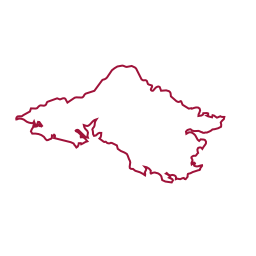 an SVG outline of La Coruña, rotated 232°
{"feature_id": "ESP-5827", "entity_name": "La Coruña", "entity_type": "Autonomous Community", "adm_level": 1, "iso_a3": "ESP", "parent_name": "Spain", "parent_adm1": "", "projection": "albers", "projection_center": [-8.526, 43.162], "detail": "fine", "context": "isolated", "style": "outline", "palette": "rose", "viewbox_px": 256, "rotation_deg": 232, "n_neighbors": 0, "source": "natural_earth", "source_scale": "10m", "svg_char_len": 4577}
<svg xmlns="http://www.w3.org/2000/svg" viewBox="0 0 256 256"><g transform="rotate(232 128 128)"><path d="M104.5,190.2L103.9,190.2L103.2,192.3L102.3,194.3L101.0,195.8L99.3,196.4L97.5,195.7L96.3,194.0L95.3,192.0L94.1,190.9L92.6,193.6L92.4,195.3L93.3,196.4L91.2,199.4L90.1,200.1L88.7,199.0L89.2,197.7L87.9,198.3L84.7,200.8L86.0,202.5L84.9,203.4L81.5,204.4L81.2,205.0L80.4,208.0L79.6,208.3L78.8,209.0L77.4,210.7L76.0,209.0L75.8,206.6L75.3,204.5L73.2,203.5L71.7,202.1L72.3,198.9L73.7,195.6L74.9,193.6L74.8,192.0L75.1,190.1L75.8,187.5L76.9,186.0L77.3,185.0L78.1,184.1L79.2,183.7L79.4,183.4L82.2,181.9L84.7,178.4L86.2,177.1L88.5,176.5L89.1,175.6L89.8,173.6L89.5,171.5L87.5,170.4L87.1,173.3L85.6,175.2L83.4,176.1L80.9,176.5L76.0,175.7L74.0,176.1L74.3,178.3L72.1,180.7L70.9,181.3L69.1,181.0L67.8,179.8L67.2,178.1L66.7,176.1L65.8,173.7L67.0,173.7L67.9,173.3L68.6,172.4L69.1,171.1L68.4,169.5L67.0,168.6L65.2,167.9L65.1,166.8L64.6,165.1L64.5,164.3L64.7,163.8L65.6,162.8L65.9,162.0L66.0,160.9L65.9,160.0L65.3,159.5L63.6,159.3L62.7,158.8L61.3,156.4L60.1,155.8L60.1,156.6L60.6,158.0L60.1,158.8L59.2,159.0L58.7,158.9L58.3,157.2L57.4,157.0L56.3,157.7L55.4,158.5L54.7,159.6L53.7,162.2L53.1,163.4L52.6,163.1L51.7,160.0L50.9,159.2L50.9,158.4L51.5,157.2L53.5,151.7L53.6,150.9L53.8,149.9L54.1,148.8L54.5,148.1L54.9,147.0L54.3,146.1L52.9,145.0L52.2,141.9L53.0,141.2L54.3,141.2L54.9,140.0L55.5,137.7L56.6,136.6L57.7,135.7L58.2,134.2L59.6,135.5L60.8,135.8L62.1,135.4L63.5,134.3L64.0,133.6L64.2,132.9L64.6,132.3L65.5,131.6L66.3,131.2L67.0,131.0L68.7,130.8L68.7,129.8L67.1,130.6L64.9,131.1L63.4,131.0L63.5,129.8L60.4,131.4L59.1,131.2L58.2,128.9L62.8,124.5L65.9,122.9L69.4,124.5L71.1,124.5L72.8,124.1L74.0,123.6L75.2,122.6L76.4,121.8L77.4,120.1L77.9,118.1L78.7,118.1L80.4,119.7L82.9,119.6L85.5,118.6L87.1,117.3L85.1,117.4L84.0,116.7L82.6,113.8L82.2,113.8L81.0,113.1L80.2,112.3L80.9,112.0L81.8,111.9L85.7,110.2L89.8,107.4L92.7,106.7L93.5,105.7L94.2,105.1L95.3,104.8L96.5,105.5L99.5,108.6L101.1,109.3L102.8,109.6L106.5,110.8L108.3,111.1L110.9,110.1L114.3,108.2L117.9,107.1L121.1,108.5L126.1,106.1L126.9,105.3L127.2,104.1L128.0,103.1L128.9,102.4L130.9,102.0L131.3,101.4L131.5,100.8L132.1,100.4L137.3,99.0L137.6,100.7L138.5,102.0L140.6,103.9L141.8,102.4L142.1,101.2L141.9,98.1L142.7,96.4L144.6,96.7L147.4,98.5L148.8,99.0L149.4,100.1L149.7,101.6L150.4,103.0L152.6,105.2L153.5,106.5L154.2,108.5L154.9,106.4L154.9,104.3L154.2,100.3L154.2,98.3L154.7,97.1L155.7,96.2L157.5,95.0L155.6,94.1L153.9,93.8L150.7,94.1L149.0,93.6L146.7,91.1L145.1,90.5L146.9,89.0L156.5,87.7L157.1,87.5L157.8,86.9L158.2,86.0L158.1,85.1L157.6,85.0L155.4,86.0L149.7,87.0L150.0,86.5L150.3,86.3L151.0,86.0L150.6,85.6L149.7,85.1L148.5,86.8L146.7,87.6L142.5,87.8L143.2,85.8L143.6,83.0L144.0,81.1L145.1,81.5L146.3,79.8L145.6,79.1L144.8,78.0L144.3,76.7L144.4,75.3L144.8,75.3L146.4,75.6L147.0,75.3L149.3,75.6L152.0,74.2L165.7,63.5L166.1,65.0L166.9,65.7L167.9,65.8L169.0,65.3L168.0,65.4L167.7,65.3L167.7,64.5L168.1,64.2L168.6,63.8L169.0,63.5L167.2,62.0L166.9,60.6L167.4,59.2L167.7,57.7L168.3,56.6L169.7,56.2L172.8,56.3L175.7,55.4L178.3,53.8L180.6,51.6L182.5,49.1L185.1,49.4L186.2,51.3L187.0,53.6L188.4,55.3L188.4,56.1L187.8,55.8L186.9,55.6L186.4,55.4L185.7,56.5L185.3,57.6L185.3,58.8L185.8,59.7L184.9,60.5L184.6,60.4L183.8,59.7L183.2,60.4L183.0,60.6L182.6,60.7L182.6,61.6L187.3,61.8L188.2,60.9L186.4,58.0L187.5,57.2L188.6,57.2L191.0,58.0L190.8,57.6L190.5,56.6L190.3,56.1L191.6,54.6L193.3,53.2L195.2,52.1L199.0,51.0L201.0,49.6L202.6,47.8L203.2,45.8L203.5,45.3L204.2,45.7L204.9,46.7L205.1,48.0L204.7,48.8L202.6,51.6L202.6,53.4L201.4,60.9L203.2,63.6L200.1,67.3L199.6,68.6L200.0,71.0L199.9,72.4L199.6,73.1L197.3,75.5L196.9,76.6L196.9,77.8L198.0,79.7L198.2,80.3L198.1,81.0L195.0,90.4L192.4,92.0L191.5,94.9L190.8,96.0L189.7,96.6L185.3,95.9L184.7,104.6L184.0,106.1L180.7,110.0L180.2,110.9L180.2,112.0L180.5,113.0L180.9,113.8L181.1,114.7L181.1,115.9L178.0,124.4L181.6,137.2L181.4,138.3L180.9,139.3L180.6,140.7L180.7,142.5L183.4,150.9L183.4,154.2L183.0,157.5L180.7,161.9L179.8,162.7L177.8,163.8L176.9,164.6L174.6,169.1L171.5,170.7L169.9,171.0L157.9,168.6L156.2,169.3L155.0,171.1L154.5,171.5L153.4,171.8L150.4,170.8L149.5,171.1L146.8,173.0L146.0,172.7L145.4,171.9L145.0,170.8L144.4,169.8L143.8,169.5L143.0,169.6L142.4,170.0L142.0,170.8L142.1,171.4L142.6,173.9L142.7,175.4L142.4,176.7L141.8,177.7L140.7,178.2L137.0,177.0L134.2,181.2L131.9,182.9L130.7,183.2L129.3,183.0L126.5,181.3L119.2,182.7L117.6,183.6L117.1,184.5L116.9,185.2L116.9,185.8L116.7,186.1L116.2,186.3L112.7,185.3L105.9,187.8L104.5,190.2Z" fill="none" stroke="#9f1239" stroke-width="2"/></g></svg>